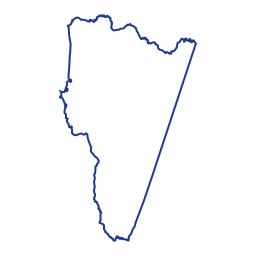 Padilla, Cauca, Colombia (Equal Earth projection)
{"feature_id": "7082276B60306197316687", "entity_name": "Padilla", "entity_type": "district", "adm_level": 2, "iso_a3": "COL", "parent_name": "Colombia", "parent_adm1": "Cauca", "projection": "equal_earth", "projection_center": [-76.342, 3.186], "detail": "fine", "context": "isolated", "style": "outline", "palette": "blue", "viewbox_px": 256, "rotation_deg": 0, "n_neighbors": 0, "source": "geoboundaries", "source_scale": "gbopen_adm2", "svg_char_len": 5542}
<svg xmlns="http://www.w3.org/2000/svg" viewBox="0 0 256 256"><path d="M128.8,238.9L128.8,236.9L129.2,236.0L130.5,234.8L131.3,233.5L131.6,232.5L132.7,229.5L133.5,227.9L134.2,227.4L134.7,226.2L135.5,223.1L137.0,219.0L143.6,201.5L148.8,186.3L153.4,172.5L195.9,43.5L194.9,42.4L193.8,40.8L193.4,40.4L192.9,40.4L192.5,40.6L192.3,41.8L192.0,42.2L191.3,42.2L191.0,42.1L190.5,39.6L189.9,39.0L189.4,39.2L189.4,41.2L189.1,41.3L188.6,41.0L187.9,40.4L187.0,40.5L186.9,40.4L186.4,38.7L186.1,38.5L185.3,39.4L184.8,41.2L184.2,41.7L184.0,41.2L184.1,40.5L184.5,39.5L184.5,39.2L184.4,39.1L182.3,39.5L181.7,38.8L181.2,39.3L180.5,40.2L179.9,41.7L179.6,42.0L179.2,42.3L178.2,42.3L177.7,42.8L177.5,43.9L176.9,45.5L177.1,46.7L177.0,47.3L176.1,48.2L175.5,49.3L174.6,50.4L173.8,51.1L172.6,51.1L171.2,51.6L171.2,52.1L171.4,52.7L171.3,53.4L171.1,53.6L170.3,53.3L169.5,53.7L169.0,53.1L167.9,52.5L166.6,52.0L166.1,52.4L165.8,53.0L165.5,52.8L165.2,52.9L163.3,51.0L161.9,50.2L159.8,49.7L158.3,48.5L158.0,47.1L158.1,46.4L157.9,45.5L157.0,45.1L156.2,44.4L155.6,44.2L155.0,43.0L155.0,42.7L154.3,42.8L153.7,42.3L153.3,42.3L152.6,42.5L150.6,43.6L149.2,42.8L148.6,43.3L148.2,43.3L147.9,43.1L147.6,42.3L147.6,42.0L148.0,41.2L147.8,40.3L147.5,39.7L146.8,39.6L146.0,39.7L145.8,39.4L145.7,38.8L145.8,38.2L145.7,37.9L144.7,38.4L144.1,37.7L143.9,37.7L143.5,38.0L143.4,38.6L143.1,38.6L142.6,38.2L142.4,38.3L141.9,39.1L141.3,39.0L140.6,38.0L138.8,35.0L138.1,33.0L136.8,31.1L136.1,28.8L135.9,28.2L135.1,27.4L133.1,26.0L131.9,25.5L130.8,25.3L130.5,24.9L130.4,24.3L130.2,24.1L129.6,24.3L128.7,24.9L128.3,25.0L127.7,24.7L127.5,24.8L126.7,25.6L125.4,26.3L124.3,27.8L123.2,28.5L120.3,28.8L119.5,29.4L118.7,29.7L117.4,29.8L114.4,30.4L113.5,30.3L113.0,30.0L112.2,29.2L111.5,28.1L111.2,27.0L111.8,25.4L111.5,24.1L111.5,23.9L111.9,23.7L112.0,23.2L111.6,22.6L111.7,21.7L111.0,21.3L110.3,20.3L110.6,18.4L110.3,18.0L109.6,17.8L109.0,16.6L108.2,16.5L107.8,16.8L107.4,16.8L107.2,15.9L106.8,15.9L106.3,16.1L105.2,17.1L104.8,16.8L103.8,15.4L103.5,15.5L103.3,16.0L102.9,16.4L102.5,16.2L101.9,15.4L101.3,15.5L100.6,16.2L100.4,16.1L99.8,15.5L99.4,15.5L99.1,15.7L98.7,16.4L98.0,16.9L96.9,17.3L96.9,17.6L97.2,18.1L97.2,18.3L96.4,19.3L96.5,19.9L95.9,20.2L95.6,19.7L95.0,19.7L94.6,19.8L94.6,20.3L94.9,20.6L95.0,21.1L94.3,21.3L94.1,21.8L93.7,21.9L92.9,21.3L92.1,20.3L91.8,20.1L91.3,20.3L90.5,19.9L90.0,19.9L89.7,20.3L90.0,20.7L89.9,21.3L89.6,21.6L89.1,21.3L87.7,21.3L86.8,20.7L85.3,20.2L83.4,19.7L81.3,19.9L79.4,18.3L77.8,17.6L76.7,17.6L75.0,18.5L72.9,20.0L72.3,20.2L72.7,21.0L71.8,21.8L71.2,23.8L68.9,25.6L68.1,25.6L67.9,25.8L67.9,26.2L68.6,27.3L68.7,27.8L69.0,33.6L69.2,35.7L70.6,43.7L70.2,52.7L69.9,54.9L69.6,55.8L69.7,56.3L69.7,57.6L69.2,67.7L68.6,74.5L68.5,78.2L68.7,79.0L69.2,79.3L70.3,79.5L70.9,79.8L71.2,80.8L70.8,81.8L70.5,82.0L70.2,81.7L70.0,80.9L69.5,80.7L67.7,81.5L66.7,82.5L66.7,82.9L67.1,83.9L67.1,84.4L67.0,85.2L65.7,88.4L65.8,88.9L65.9,89.1L66.5,89.1L67.4,88.9L67.6,89.7L67.5,90.4L67.1,91.0L66.7,91.3L66.3,91.3L66.0,91.1L65.8,90.3L65.3,90.0L65.0,90.1L64.9,90.8L64.6,91.5L63.8,92.2L62.6,91.8L61.3,92.0L60.7,91.7L61.2,92.7L61.4,94.6L61.3,95.2L60.2,96.6L60.1,97.4L60.4,97.6L61.1,97.0L61.4,97.0L61.8,97.3L63.0,99.2L63.9,101.5L64.1,101.8L64.6,103.0L64.7,104.0L65.3,104.2L65.8,104.2L66.2,104.6L66.3,105.0L66.3,106.2L66.1,106.7L65.7,106.7L65.3,106.1L65.1,106.1L64.9,106.3L64.9,106.7L65.4,107.4L65.4,107.8L64.8,109.4L64.6,110.4L64.5,112.6L64.8,113.3L65.8,114.2L66.0,114.7L65.9,117.3L65.9,117.9L66.2,118.2L67.6,118.7L67.0,120.2L67.0,121.3L68.1,123.6L68.8,124.4L68.9,126.1L69.3,127.1L69.8,127.2L70.1,127.1L70.6,126.7L71.2,126.4L71.5,126.4L71.8,126.8L71.9,127.1L71.4,127.7L71.3,128.2L72.0,129.4L72.1,131.0L72.0,132.8L72.2,133.4L73.0,134.1L73.8,134.5L74.2,135.0L74.8,135.2L76.3,135.1L80.3,133.7L80.9,133.7L81.8,133.7L82.9,134.4L84.2,134.6L84.8,134.4L85.8,133.4L87.2,134.1L87.4,134.6L87.5,136.7L87.8,137.9L88.6,141.0L91.1,147.3L91.1,148.4L90.9,149.6L90.8,150.8L91.1,151.7L94.8,156.3L95.4,156.8L96.7,157.6L98.7,160.5L98.7,161.2L98.5,162.6L97.5,163.3L97.3,163.6L97.2,164.3L96.7,164.9L96.6,165.8L96.1,166.3L95.5,166.5L95.4,166.8L95.4,170.3L95.2,172.3L95.0,173.4L94.2,174.6L94.3,175.8L94.8,177.3L94.8,177.9L94.6,179.4L94.1,181.6L94.1,182.3L94.1,183.0L94.6,185.8L94.7,187.4L94.2,188.7L94.1,191.3L94.3,192.7L95.0,194.2L95.0,194.7L94.9,196.3L94.5,196.7L94.5,197.7L93.9,198.6L94.0,199.2L94.7,199.9L94.8,201.1L95.0,201.6L95.2,201.8L96.1,201.5L96.3,201.6L96.6,202.2L97.1,202.6L97.4,204.1L97.7,204.5L98.0,204.6L98.1,205.3L98.8,206.5L98.8,207.4L98.3,208.4L98.4,208.9L99.0,209.2L99.6,209.2L99.7,209.3L99.8,209.8L100.3,210.5L100.3,210.8L99.9,211.1L99.9,211.7L100.0,211.8L101.2,212.5L101.2,212.9L100.5,214.2L100.5,218.3L100.6,220.2L99.6,222.0L99.5,222.7L99.6,222.9L101.5,223.5L103.5,224.5L104.0,225.5L103.8,226.3L104.2,227.1L104.0,227.9L104.0,229.2L105.1,231.0L105.2,231.9L105.6,232.2L106.0,232.2L106.2,232.6L106.7,233.3L108.0,234.1L108.1,234.7L108.5,235.2L108.8,235.7L109.3,236.0L109.8,237.0L110.1,237.2L111.0,237.2L111.3,237.6L111.3,237.9L111.8,238.3L112.2,238.7L112.5,238.8L112.9,238.6L113.1,238.7L113.3,239.0L113.2,239.9L113.6,240.4L114.4,240.6L115.1,240.6L115.5,239.9L116.2,237.4L116.7,237.0L117.4,236.2L117.7,236.3L117.8,236.8L117.5,237.4L117.6,237.9L117.9,237.9L118.4,237.7L118.9,238.0L119.2,237.6L119.6,237.5L119.8,237.9L119.7,238.7L119.9,238.9L120.5,238.7L121.0,238.9L121.7,237.9L122.2,237.9L122.6,238.1L122.8,238.8L123.1,239.2L124.9,239.2L126.3,239.8L127.1,239.6L127.4,240.2L127.6,240.2L127.9,239.8L128.0,239.8L128.3,240.4L128.6,240.2L128.6,239.2L128.8,238.9Z" fill="none" stroke="#1e3a8a" stroke-width="2"/></svg>